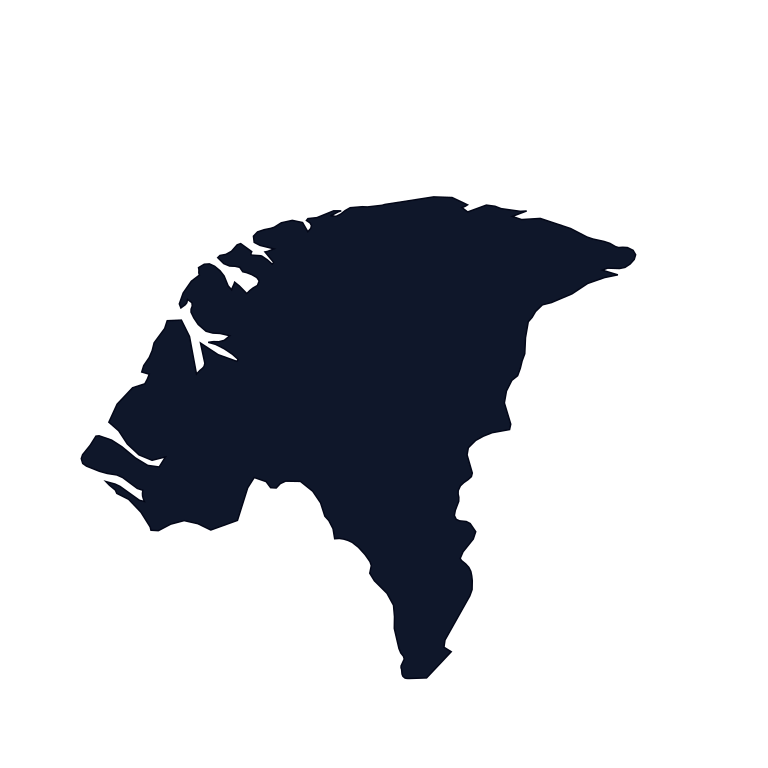 Bayelsa, orthographic projection, rotated 128°
{"feature_id": "NGA-2845", "entity_name": "Bayelsa", "entity_type": "State", "adm_level": 1, "iso_a3": "NGA", "parent_name": "Nigeria", "parent_adm1": "", "projection": "orthographic", "projection_center": [6.155, 4.833], "detail": "fine", "context": "isolated", "style": "filled", "palette": "ink", "viewbox_px": 768, "rotation_deg": 128, "n_neighbors": 0, "source": "natural_earth", "source_scale": "10m", "svg_char_len": 3711}
<svg xmlns="http://www.w3.org/2000/svg" viewBox="0 0 768 768"><g transform="rotate(128 384 384)"><path d="M642.7,477.6L640.6,480.3L634.7,496.6L632.1,514.2L634.7,527.2L633.0,530.4L632.8,538.0L632.1,543.1L628.4,534.3L627.2,529.0L626.2,505.2L624.1,500.4L622.6,503.0L620.9,505.3L618.8,507.1L616.2,508.6L618.2,514.1L618.6,532.3L620.2,538.6L624.9,547.0L628.0,554.5L631.9,567.9L632.1,572.5L629.2,576.6L625.3,578.0L613.3,577.8L602.4,578.9L600.2,576.6L595.9,564.1L594.8,552.0L595.3,534.4L593.6,520.1L587.8,510.1L576.0,511.3L586.9,519.8L590.7,533.5L589.3,549.3L584.2,564.3L583.5,577.3L564.2,581.9L541.7,579.8L531.1,572.6L525.9,573.5L520.8,575.0L523.7,582.3L517.4,584.7L507.7,585.3L500.5,587.2L493.1,590.5L475.3,591.0L467.6,593.8L458.4,583.0L466.3,566.5L491.6,537.9L486.6,537.4L483.4,536.7L481.0,536.6L478.0,537.9L464.7,553.8L463.0,532.8L456.8,514.0L454.4,514.0L453.9,521.7L454.6,531.6L456.5,541.2L459.4,548.2L455.6,544.5L452.4,540.2L448.0,536.8L440.9,535.2L445.1,544.3L449.3,550.3L452.0,556.7L451.5,567.0L449.0,574.6L446.2,580.3L443.8,582.1L440.6,583.1L438.2,585.4L438.3,590.9L441.4,589.4L443.9,589.4L449.1,590.9L446.9,594.6L435.9,598.3L421.6,599.1L411.8,596.5L410.5,598.3L408.0,600.1L406.5,601.8L400.3,599.4L396.8,595.5L395.5,590.0L395.7,583.0L397.3,576.5L402.6,567.3L403.6,562.0L401.9,562.7L397.6,563.7L395.7,564.4L395.8,558.3L397.2,547.8L393.0,547.3L388.9,546.3L384.3,544.4L379.6,545.8L378.4,549.8L379.2,555.5L380.9,561.0L382.5,564.4L380.9,569.5L382.9,573.8L386.1,578.3L387.8,584.4L386.8,592.8L383.7,592.4L379.2,588.4L373.3,585.9L364.7,585.4L361.6,583.4L361.1,569.7L363.4,569.1L364.1,567.9L359.0,560.4L358.4,559.1L358.0,552.5L358.4,545.8L356.1,545.8L353.2,559.1L351.2,557.4L345.2,553.8L351.1,567.0L352.3,573.5L347.9,577.9L342.0,577.3L336.1,573.4L331.1,569.1L328.0,567.0L320.2,564.2L311.5,557.0L306.9,547.6L310.9,537.8L306.5,537.5L303.8,538.7L302.6,541.5L302.9,545.8L300.5,545.8L294.2,539.3L278.5,530.3L273.9,524.3L276.5,526.0L281.6,528.3L284.4,529.9L281.4,525.0L276.7,522.7L271.3,521.4L265.9,519.2L257.6,510.2L254.7,506.1L244.3,495.5L241.9,493.8L206.0,460.1L195.1,445.1L191.4,428.5L193.1,429.1L194.3,429.6L197.0,431.2L196.9,424.0L180.0,413.5L175.6,406.0L173.7,399.7L164.0,382.9L159.8,378.1L173.0,386.1L169.7,376.8L157.3,362.8L146.6,332.7L143.2,314.6L141.1,308.6L136.2,298.4L134.1,292.6L133.2,286.1L132.0,283.1L129.3,280.1L126.6,276.2L125.3,270.0L127.2,265.3L131.8,263.5L137.9,263.9L143.8,265.9L148.0,269.5L155.0,279.1L159.9,282.1L154.0,266.9L164.3,275.7L179.4,285.4L197.1,291.3L216.8,302.2L224.1,307.9L233.6,309.2L240.3,308.3L246.2,308.6L260.4,301.0L273.5,291.7L280.7,289.4L287.8,286.2L295.2,283.8L302.4,285.5L314.1,283.2L324.8,277.5L337.6,259.4L342.6,257.0L355.8,268.8L364.0,273.6L372.0,277.0L382.3,278.3L388.7,274.9L399.8,259.6L403.2,258.1L407.7,258.9L412.6,260.4L417.2,261.1L422.3,259.9L425.1,257.8L427.2,255.3L430.4,252.9L439.7,250.0L444.3,247.6L446.2,243.7L445.3,240.2L441.7,234.5L440.9,230.2L443.9,220.8L451.2,218.2L467.6,218.4L474.5,216.6L475.4,214.3L475.5,208.8L476.3,204.2L478.2,200.2L481.2,196.7L484.7,193.3L491.8,188.0L498.2,185.9L548.2,178.3L554.5,174.7L553.6,166.2L589.4,169.5L600.6,182.9L601.8,184.5L602.8,186.4L602.7,189.1L601.5,191.2L598.0,194.5L597.2,195.8L595.6,197.0L588.3,198.7L586.6,201.0L585.6,205.2L583.3,209.3L570.3,225.4L560.9,232.5L552.5,240.3L547.1,252.8L545.0,270.4L541.9,278.7L534.9,282.2L532.6,285.7L530.1,293.9L528.4,303.7L528.4,311.7L529.4,316.0L531.0,320.2L533.2,324.1L536.3,327.6L529.4,335.1L525.6,343.4L524.6,349.2L516.7,360.8L512.4,374.1L512.2,389.9L521.1,401.7L526.4,404.4L532.3,404.9L535.5,409.5L533.5,416.8L537.6,428.7L549.7,427.5L581.7,415.5L605.7,430.6L608.7,444.7L614.7,457.4L625.8,465.8L638.5,471.5L642.7,477.6Z" fill="#0f172a" stroke="#020617" stroke-width="1.5"/></g></svg>